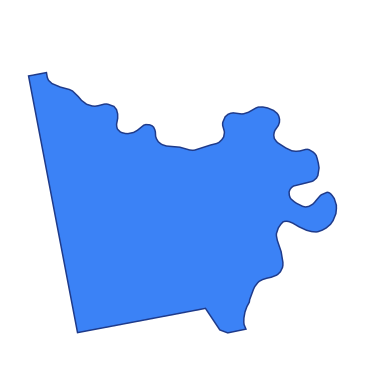 Doniphan, Kansas, United States of America, rotated 349°
{"feature_id": "52423323B86615005199408", "entity_name": "Doniphan", "entity_type": "district", "adm_level": 2, "iso_a3": "USA", "parent_name": "United States of America", "parent_adm1": "Kansas", "projection": "albers", "projection_center": [-95.019, 39.808], "detail": "fine", "context": "isolated", "style": "filled", "palette": "blue", "viewbox_px": 384, "rotation_deg": 349, "n_neighbors": 0, "source": "geoboundaries", "source_scale": "gbopen_adm2", "svg_char_len": 2276}
<svg xmlns="http://www.w3.org/2000/svg" viewBox="0 0 384 384"><g transform="rotate(349 192 192)"><path d="M253.6,124.2L247.6,122.2L244.9,122.1L242.2,122.6L238.9,124.5L235.7,129.2L235.2,130.3L234.8,132.5L235.3,138.5L235.1,140.1L233.6,144.0L231.2,146.4L227.9,148.5L225.4,149.1L219.4,149.4L202.6,151.4L200.6,151.2L197.7,150.3L188.6,145.7L175.7,142.0L171.9,139.9L170.6,138.8L168.5,136.3L167.3,133.1L166.9,130.5L167.5,126.0L167.4,124.0L166.7,121.1L165.4,119.4L163.3,118.0L159.6,117.0L157.4,117.2L150.2,121.0L146.1,122.4L140.3,122.5L137.8,121.9L134.6,120.4L133.1,119.4L130.9,116.2L130.7,115.2L130.6,113.3L130.9,111.0L133.1,105.5L133.9,101.2L133.6,96.7L131.7,93.1L126.4,89.9L124.8,89.3L122.6,89.0L116.3,89.4L113.1,89.3L110.4,88.5L105.3,85.8L101.0,81.0L98.6,76.7L94.0,70.1L91.2,68.0L82.6,63.8L75.2,58.8L72.6,55.2L72.2,54.1L71.8,51.7L71.9,47.0L53.7,46.9L52.8,308.2L183.0,308.8L193.0,332.7L200.2,337.1L218.8,336.9L217.8,332.1L218.0,329.6L218.9,325.6L221.1,319.9L224.0,315.0L227.2,311.1L228.1,308.6L233.8,299.2L235.5,296.9L239.2,293.6L240.9,292.5L244.6,291.4L249.0,290.9L253.5,290.8L259.0,289.8L260.5,289.2L263.5,287.2L266.4,283.4L267.2,281.4L267.8,278.4L268.1,267.6L266.5,255.7L266.5,251.1L266.9,249.0L269.9,243.7L272.9,240.7L275.7,238.7L277.2,238.5L279.5,238.8L281.8,239.7L285.0,241.8L290.3,246.5L297.1,251.4L301.9,253.7L306.2,254.9L308.1,255.0L312.5,254.3L316.9,252.9L321.8,250.1L325.0,247.0L329.1,240.7L330.6,235.8L331.1,232.8L331.2,232.6L330.4,225.6L329.0,222.4L327.8,220.3L326.7,219.1L325.2,218.2L324.4,218.1L318.4,219.4L317.0,220.2L311.3,224.7L311.3,224.8L311.2,224.9L310.5,225.4L310.4,225.5L308.2,227.0L304.1,228.4L300.6,228.4L297.9,227.2L292.5,223.1L290.5,221.1L287.8,217.7L287.2,216.2L286.9,213.7L287.3,210.5L288.7,208.2L290.5,206.6L292.8,205.5L311.7,204.5L313.3,204.1L316.8,202.1L318.7,199.8L321.3,192.6L321.5,187.8L321.2,182.3L321.1,182.1L320.9,179.9L319.9,177.8L318.6,176.0L315.1,172.9L313.7,172.2L311.8,171.9L305.8,172.3L301.8,171.9L297.8,170.6L292.5,166.7L285.8,160.3L284.6,158.7L283.0,155.2L283.1,151.8L284.0,149.3L285.1,147.4L289.4,143.2L291.1,140.3L291.8,137.4L291.7,134.6L291.4,133.0L290.5,131.0L287.6,127.5L282.2,123.9L277.8,122.1L273.3,121.3L270.9,121.7L262.6,124.5L257.3,125.1L255.4,124.8L253.6,124.2Z" fill="#3b82f6" stroke="#1e3a8a" stroke-width="1.5"/></g></svg>